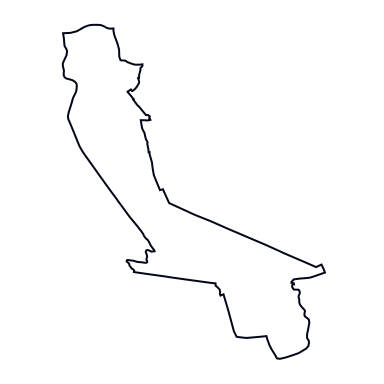 outline of Quan 8, Hồ Chí Minh city, Vietnam, rotated 273°
{"feature_id": "81297802B52284124086366", "entity_name": "Quan 8", "entity_type": "district", "adm_level": 2, "iso_a3": "VNM", "parent_name": "Vietnam", "parent_adm1": "Hồ Chí Minh city", "projection": "equal_earth", "projection_center": [106.647, 10.722], "detail": "fine", "context": "isolated", "style": "outline", "palette": "ink", "viewbox_px": 384, "rotation_deg": 273, "n_neighbors": 0, "source": "geoboundaries", "source_scale": "gbopen_adm2", "svg_char_len": 3541}
<svg xmlns="http://www.w3.org/2000/svg" viewBox="0 0 384 384"><g transform="rotate(273 192 192)"><path d="M351.2,105.0L351.1,104.5L350.9,102.5L350.9,100.7L351.2,99.2L351.6,97.9L352.6,96.1L353.8,92.7L354.0,90.3L353.9,87.9L353.8,85.0L353.4,81.9L352.7,79.4L351.8,77.2L350.5,74.8L349.2,72.8L346.5,68.6L345.5,65.4L344.5,62.1L344.4,60.8L343.8,55.0L338.2,56.1L336.7,56.3L334.4,56.6L333.6,56.7L331.3,57.1L331.1,57.1L328.0,59.2L325.9,59.9L321.9,59.5L321.2,59.2L316.0,57.1L313.8,56.3L311.3,56.4L306.3,57.8L304.3,57.7L301.7,57.8L300.8,58.3L299.9,58.8L298.8,60.5L297.5,66.5L296.1,69.2L294.2,70.9L292.2,71.4L287.5,71.3L284.8,70.5L279.8,68.3L277.3,67.7L276.1,67.5L267.7,65.4L265.3,64.7L261.0,64.1L258.2,64.7L253.6,67.0L244.1,71.5L243.2,71.9L239.2,73.8L231.9,77.2L231.1,77.7L226.7,80.6L224.0,82.6L210.7,93.2L205.4,97.4L196.7,104.3L187.2,112.0L186.9,112.3L180.3,117.7L179.5,118.3L163.8,131.1L158.8,135.8L155.9,138.4L154.6,139.6L153.7,140.3L151.0,142.7L147.6,145.4L145.7,146.3L143.2,148.4L141.8,150.3L140.3,151.4L136.7,153.4L134.7,154.9L132.1,157.2L130.9,157.7L130.3,154.7L131.3,152.4L131.7,150.7L131.5,149.6L130.3,149.0L129.5,149.0L126.6,150.3L124.9,150.6L123.2,150.1L121.7,150.1L120.7,150.8L119.4,150.9L118.9,149.7L118.9,148.3L119.2,145.1L119.3,141.2L120.4,136.6L120.4,134.3L120.7,132.6L120.7,130.9L119.7,130.3L119.0,130.5L117.9,132.2L117.0,133.0L115.4,133.4L113.5,134.9L112.6,135.5L112.2,136.6L110.6,138.4L109.0,138.2L107.4,156.0L106.2,170.2L105.8,173.6L104.2,191.7L103.3,202.9L102.1,217.1L102.0,220.3L99.7,220.5L97.9,222.8L96.0,224.7L93.9,225.3L91.5,225.3L90.1,225.9L90.2,226.1L91.5,228.8L75.1,234.6L55.2,241.1L49.8,244.1L49.7,244.9L49.5,246.5L49.1,253.9L50.4,263.5L51.8,272.8L52.0,273.9L48.4,275.1L42.8,277.5L38.9,279.8L33.8,283.4L30.3,285.5L30.0,288.5L31.5,293.8L33.7,299.6L36.6,306.8L41.6,314.2L44.1,316.2L47.1,316.7L49.6,316.4L52.3,314.5L56.3,314.4L61.2,315.2L67.7,316.0L70.8,315.3L72.3,313.3L73.8,311.2L74.9,310.7L76.7,310.7L79.2,311.1L79.8,310.7L80.4,310.2L81.0,309.6L81.7,308.9L82.3,308.2L83.1,307.5L83.9,306.8L84.7,306.1L85.5,305.6L87.3,304.9L90.5,304.7L92.1,304.1L93.6,303.9L96.4,304.9L98.4,304.7L99.5,304.1L100.0,303.2L99.9,300.0L99.9,298.8L102.1,297.1L103.8,296.9L105.0,297.2L105.1,298.7L106.2,298.4L106.6,296.0L107.2,296.0L110.0,298.1L111.0,303.1L111.4,305.7L112.0,310.6L112.7,314.4L113.9,317.7L117.9,327.5L118.5,329.0L119.9,328.4L121.3,327.8L126.3,325.1L125.1,322.8L123.5,319.9L127.9,308.2L135.4,287.8L138.0,281.3L140.3,275.4L143.0,268.5L156.8,230.7L163.6,212.8L169.4,195.8L179.7,169.8L181.6,168.8L193.2,162.8L192.2,159.9L204.9,153.9L206.9,153.0L213.9,151.4L219.3,150.5L228.1,147.5L229.5,147.6L229.5,146.6L232.4,146.2L237.8,144.8L239.4,145.0L240.3,144.5L242.1,143.3L245.6,142.2L248.1,141.6L252.9,138.9L256.3,138.1L261.0,137.1L261.2,140.4L261.1,143.9L261.7,146.3L262.4,145.7L262.6,146.3L263.5,145.7L264.0,145.5L264.7,145.5L265.0,145.9L265.6,145.6L266.1,144.8L266.6,144.1L266.4,143.2L266.4,142.0L267.5,141.0L274.8,134.3L275.8,132.9L281.3,128.4L281.6,128.9L287.0,124.0L287.8,123.1L288.8,122.4L291.2,125.7L289.8,126.7L289.8,127.0L289.9,127.3L290.6,128.3L290.9,128.6L291.4,129.2L292.6,130.3L295.1,131.9L298.0,133.3L298.5,133.5L298.9,133.5L300.2,133.2L302.9,132.2L303.0,133.1L304.6,133.2L305.9,133.0L306.8,133.2L308.0,133.5L309.1,133.7L311.4,134.2L312.7,134.0L313.4,134.2L315.0,135.8L315.8,135.9L316.9,135.8L316.4,133.0L316.2,128.1L316.7,125.9L318.3,120.7L319.7,118.6L319.7,117.0L319.8,115.9L319.7,114.4L319.9,113.7L323.3,112.3L330.5,111.7L335.8,110.0L344.6,106.2L348.4,105.2L351.2,105.0Z" fill="none" stroke="#020617" stroke-width="2"/></g></svg>